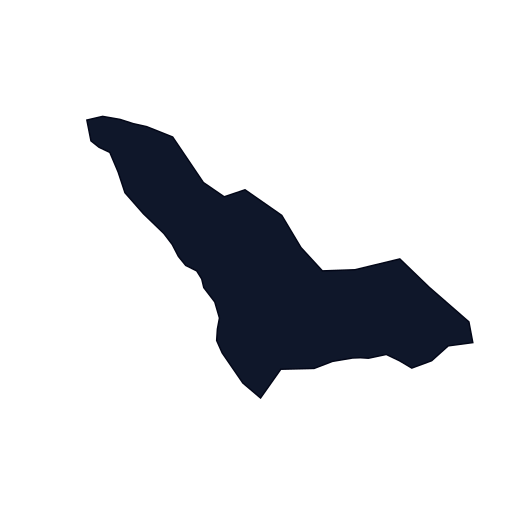 the border of Luuka, rotated 314°
{"feature_id": "UGA-5592", "entity_name": "Luuka", "entity_type": "District", "adm_level": 1, "iso_a3": "UGA", "parent_name": "Uganda", "parent_adm1": "", "projection": "natural_earth1", "projection_center": [33.351, 0.802], "detail": "fine", "context": "isolated", "style": "filled", "palette": "ink", "viewbox_px": 512, "rotation_deg": 314, "n_neighbors": 0, "source": "natural_earth", "source_scale": "10m", "svg_char_len": 750}
<svg xmlns="http://www.w3.org/2000/svg" viewBox="0 0 512 512"><g transform="rotate(314 256 256)"><path d="M157.0,357.9L155.5,334.8L162.8,299.0L167.9,286.4L176.6,279.0L186.0,272.8L194.3,258.3L197.0,240.4L201.8,232.9L204.1,223.7L200.4,212.0L201.8,200.5L206.1,187.7L208.2,174.1L208.2,145.7L210.5,117.8L220.7,98.4L229.0,78.9L225.2,67.7L224.2,57.3L236.3,39.9L249.9,48.7L259.8,63.3L265.9,75.7L273.1,87.5L283.7,113.4L272.3,167.1L276.5,192.0L296.0,202.1L303.1,246.3L293.3,282.5L291.4,314.1L314.8,336.7L353.8,361.5L353.8,402.2L356.5,454.9L344.3,472.1L324.9,456.7L302.7,455.1L283.6,445.9L280.3,431.9L275.7,418.1L260.6,407.9L255.4,401.8L249.7,396.3L233.3,384.2L215.5,375.9L191.8,352.5L157.0,357.9Z" fill="#0f172a" stroke="#020617" stroke-width="1.5"/></g></svg>